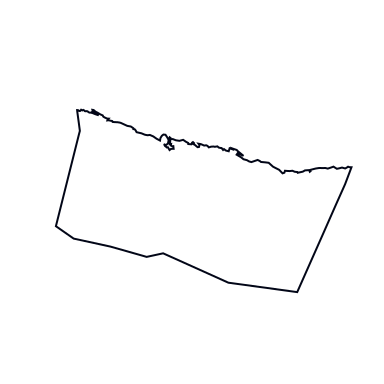 outline of Sawakin, Red Sea, Sudan, rotated 298°
{"feature_id": "16777658B58699373531896", "entity_name": "Sawakin", "entity_type": "district", "adm_level": 2, "iso_a3": "SDN", "parent_name": "Sudan", "parent_adm1": "Red Sea", "projection": "robinson", "projection_center": [37.356, 19.026], "detail": "fine", "context": "isolated", "style": "outline", "palette": "ink", "viewbox_px": 384, "rotation_deg": 298, "n_neighbors": 0, "source": "geoboundaries", "source_scale": "gbopen_adm2", "svg_char_len": 2466}
<svg xmlns="http://www.w3.org/2000/svg" viewBox="0 0 384 384"><g transform="rotate(298 192 192)"><path d="M105.5,145.6L112.7,179.0L113.4,182.4L124.3,195.3L129.0,266.7L153.0,331.9L216.2,327.4L248.9,325.0L270.8,323.5L288.7,321.2L287.8,319.3L287.6,317.9L286.2,317.2L284.7,316.2L284.0,313.0L281.9,310.7L280.5,309.0L280.8,305.0L278.9,303.3L276.4,300.9L275.8,298.5L274.4,296.0L272.9,293.0L270.8,290.2L267.0,286.0L266.1,286.9L265.2,286.5L266.2,285.3L266.0,284.6L264.1,281.6L262.0,280.3L258.6,276.3L259.1,275.7L258.1,273.2L257.9,270.7L256.4,268.5L255.6,266.9L254.4,264.1L252.4,264.5L251.0,263.2L252.5,258.5L252.4,254.2L252.4,251.6L253.8,246.0L252.5,242.6L250.9,238.8L251.2,237.2L251.1,234.9L246.3,230.4L245.8,228.1L245.9,225.6L245.1,222.1L245.7,218.9L245.9,213.9L247.7,214.1L248.1,220.5L249.5,213.5L250.1,211.7L249.6,208.7L249.3,206.7L248.7,207.5L248.3,204.7L245.2,205.3L244.5,202.4L244.9,200.1L243.7,199.7L244.7,197.5L244.3,196.6L243.8,194.8L244.2,193.0L242.6,190.9L242.3,189.7L241.0,187.6L239.3,185.9L240.0,184.0L239.9,182.6L238.7,180.9L238.6,179.1L238.4,177.2L237.7,175.1L237.0,176.6L235.0,177.0L234.2,175.9L235.0,172.1L234.9,170.7L236.1,170.8L236.5,169.4L235.5,168.9L233.8,169.0L233.2,167.6L232.6,166.2L233.5,165.6L233.5,163.1L233.9,159.7L231.3,156.9L230.1,153.5L229.7,150.2L228.7,148.4L229.6,147.8L229.8,146.6L228.5,146.7L228.3,147.7L226.9,148.8L223.8,150.0L224.6,151.0L223.1,151.5L223.1,153.2L223.7,154.0L221.5,155.5L220.3,153.3L218.5,152.5L219.7,150.5L220.2,149.6L219.5,148.8L219.8,147.8L220.0,146.5L220.7,145.7L220.9,144.6L221.3,147.1L222.1,147.4L223.7,148.0L224.8,147.6L226.4,147.2L227.2,146.6L228.6,144.5L230.1,141.7L229.3,139.8L227.5,139.0L224.9,138.8L222.4,139.6L222.4,135.7L222.9,131.8L222.6,128.0L221.3,126.2L220.7,124.4L220.4,123.2L220.1,119.9L218.8,115.0L220.0,113.2L220.5,111.8L220.0,110.7L220.8,110.2L221.1,107.2L220.0,103.8L219.6,96.7L219.3,95.4L218.6,93.4L217.4,90.9L216.6,89.0L217.2,88.3L217.0,87.5L216.6,86.3L216.3,84.9L215.5,83.7L216.4,83.6L217.6,83.9L217.0,82.6L216.8,80.1L216.9,78.3L217.7,77.2L217.5,74.5L217.7,71.2L217.6,70.1L217.7,68.7L218.2,66.6L217.8,65.5L217.6,65.7L216.7,66.4L216.0,66.2L216.4,69.4L215.9,73.6L215.3,70.1L215.0,67.0L214.5,65.2L214.0,64.3L213.9,63.2L214.2,62.0L214.0,61.1L213.4,60.3L213.1,59.4L213.4,58.6L213.4,57.4L212.6,56.9L212.6,55.5L211.2,55.3L210.6,54.4L210.8,53.2L210.6,52.5L210.4,52.1L209.2,52.9L199.2,60.1L193.3,64.3L190.3,65.0L97.9,87.9L95.3,109.4L105.5,145.6Z" fill="none" stroke="#020617" stroke-width="2"/></g></svg>